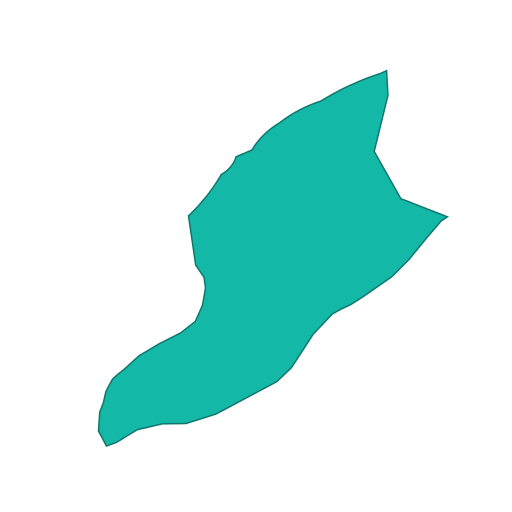 the district of Dumyat 2, Dumyat, Egypt, rotated 76°
{"feature_id": "37247803B80860993707274", "entity_name": "Dumyat 2", "entity_type": "district", "adm_level": 2, "iso_a3": "EGY", "parent_name": "Egypt", "parent_adm1": "Dumyat", "projection": "equal_earth", "projection_center": [31.811, 31.425], "detail": "fine", "context": "isolated", "style": "filled", "palette": "teal", "viewbox_px": 512, "rotation_deg": 76, "n_neighbors": 0, "source": "geoboundaries", "source_scale": "gbopen_adm2", "svg_char_len": 1900}
<svg xmlns="http://www.w3.org/2000/svg" viewBox="0 0 512 512"><g transform="rotate(76 256 256)"><path d="M107.8,84.5L108.5,88.4L108.8,89.8L109.0,91.3L109.4,95.7L109.8,100.4L110.3,105.1L110.9,109.7L111.6,114.4L112.4,119.0L113.2,123.6L114.1,128.2L115.1,132.8L116.2,137.3L117.3,141.8L118.6,146.3L119.9,150.8L121.2,155.2L121.4,155.9L121.6,158.3L121.9,161.6L122.3,164.8L122.8,168.0L123.3,171.2L124.0,174.4L124.7,177.6L125.4,180.7L126.3,183.9L127.2,186.9L128.2,190.0L129.3,193.0L130.4,196.0L131.7,199.0L132.5,201.0L132.9,202.2L133.5,204.0L133.7,204.6L134.2,205.8L134.6,207.1L135.6,209.5L136.1,210.6L136.6,211.8L137.7,214.1L138.3,215.3L138.8,216.4L140.1,218.6L140.7,219.7L141.4,220.8L142.7,222.9L143.5,223.9L144.2,225.0L145.7,227.0L146.4,227.9L147.2,228.9L148.8,230.8L150.5,232.6L151.3,233.4L152.2,234.3L153.8,244.6L154.9,251.3L155.0,251.4L155.4,251.7L156.3,252.2L157.6,253.1L158.2,253.6L158.8,254.1L159.9,255.2L160.5,255.7L161.1,256.3L162.1,257.5L162.6,258.1L163.1,258.8L164.0,260.1L164.5,260.8L164.9,261.4L165.7,262.9L166.1,263.6L166.5,264.3L167.1,265.8L167.4,266.6L167.7,267.4L168.2,269.0L168.5,269.9L168.6,270.0L171.4,272.8L174.1,275.5L176.7,278.4L179.3,281.3L181.8,284.3L184.3,287.3L186.7,290.4L189.0,293.6L191.3,296.8L193.6,300.1L195.7,303.4L197.8,306.8L199.8,310.2L200.7,311.8L223.1,314.0L250.3,316.7L264.1,311.6L274.7,312.7L290.8,319.8L304.7,330.6L312.3,347.5L317.9,371.8L324.5,393.6L334.2,411.7L336.8,417.5L337.5,419.0L340.1,423.8L340.8,425.0L347.2,431.0L351.5,434.6L361.1,439.4L369.7,445.4L387.8,451.2L391.2,450.3L394.6,449.4L404.2,447.1L403.1,436.5L395.8,413.3L396.0,401.8L396.2,387.4L401.6,364.5L399.6,332.8L382.9,266.2L373.0,248.7L362.6,237.5L352.4,226.6L345.6,219.3L330.7,195.9L328.3,187.2L326.0,175.6L321.1,161.1L308.9,129.2L296.6,108.7L279.2,85.3L266.8,67.8L264.3,60.8L235.4,101.6L214.9,107.2L183.1,116.0L132.0,89.1L107.8,84.5Z" fill="#14b8a6" stroke="#0f766e" stroke-width="1.5"/></g></svg>